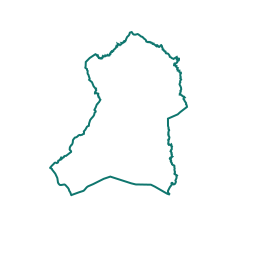 the district of Duc Co, Gia Lai, Vietnam, rotated 304°
{"feature_id": "81297802B6947069841891", "entity_name": "Duc Co", "entity_type": "district", "adm_level": 2, "iso_a3": "VNM", "parent_name": "Vietnam", "parent_adm1": "Gia Lai", "projection": "orthographic", "projection_center": [107.696, 13.77], "detail": "fine", "context": "isolated", "style": "outline", "palette": "teal", "viewbox_px": 256, "rotation_deg": 304, "n_neighbors": 0, "source": "geoboundaries", "source_scale": "gbopen_adm2", "svg_char_len": 5758}
<svg xmlns="http://www.w3.org/2000/svg" viewBox="0 0 256 256"><g transform="rotate(304 128 128)"><path d="M211.6,89.1L211.5,88.6L211.2,87.9L211.4,84.5L211.3,83.5L209.4,81.8L208.7,80.5L208.7,79.7L209.6,77.4L208.2,76.3L207.7,76.3L206.1,76.9L204.6,76.8L203.6,76.5L202.8,76.4L200.4,76.8L199.2,77.2L198.7,77.1L198.3,76.6L198.0,77.0L197.6,76.6L197.1,76.7L196.9,76.1L196.7,76.1L196.4,76.4L195.5,76.1L195.1,75.4L195.0,75.8L194.8,75.8L194.2,75.4L193.2,75.4L192.7,74.9L192.3,74.9L192.4,74.2L192.2,72.9L191.9,72.9L191.9,72.6L191.5,73.1L190.8,72.9L190.9,73.3L190.3,73.1L190.0,72.7L189.7,73.0L189.1,72.6L188.8,72.7L188.5,72.9L188.6,73.3L187.8,73.0L186.9,73.0L184.9,72.5L184.0,72.4L183.6,72.7L183.3,72.5L183.0,72.4L182.8,72.0L182.5,72.4L182.2,72.4L181.4,71.4L180.8,71.4L180.6,71.7L180.2,71.7L179.8,71.9L179.5,71.7L179.3,72.0L178.7,71.7L178.4,71.9L178.1,71.7L177.7,71.9L177.4,71.4L176.9,71.1L176.8,70.9L177.1,70.1L175.9,69.7L175.2,69.2L175.3,68.7L174.7,68.9L174.4,68.8L174.2,68.1L173.6,67.7L173.7,66.9L173.3,66.9L173.0,67.5L172.1,67.6L171.5,67.1L171.2,67.3L170.9,66.7L170.4,66.7L170.4,65.9L169.9,65.5L169.7,64.9L170.2,64.7L170.1,64.3L170.4,63.7L170.2,63.4L170.5,62.8L170.8,62.7L170.7,62.4L171.0,62.3L170.7,62.0L170.7,61.8L171.2,61.7L171.2,61.1L170.9,60.9L170.9,59.7L164.6,57.1L159.1,56.1L155.6,58.3L154.1,58.9L154.0,59.3L154.0,60.9L153.2,61.6L152.8,62.6L151.0,63.7L150.5,64.2L150.2,64.7L149.9,65.6L149.0,66.6L147.6,68.5L147.3,68.7L146.2,68.8L145.8,72.6L143.4,76.1L142.7,78.4L142.9,79.4L141.9,79.8L141.8,80.3L141.4,80.6L139.5,80.6L138.3,81.1L138.2,81.3L138.4,81.4L139.0,82.0L139.4,82.5L139.3,83.3L139.8,83.9L139.8,84.2L138.0,85.1L138.0,85.7L137.8,86.0L137.2,86.3L137.3,87.1L136.5,87.9L136.0,89.3L133.1,89.5L131.9,89.2L131.0,89.3L130.4,89.0L130.0,89.0L127.1,89.7L124.3,90.0L124.1,90.2L124.1,91.3L123.7,91.9L123.4,92.1L121.9,91.8L119.9,92.6L118.2,92.7L115.5,92.3L113.5,92.2L110.0,93.2L107.9,94.3L106.9,93.6L106.0,93.3L102.8,93.6L100.5,93.3L99.9,93.9L98.5,94.7L98.0,94.2L96.8,93.8L96.1,93.1L95.5,92.7L95.2,91.8L94.2,91.1L92.5,90.8L91.3,90.2L90.3,89.3L87.7,89.1L87.1,89.2L85.1,90.3L83.8,90.7L82.7,90.8L82.1,90.5L81.2,90.5L79.5,90.6L77.6,91.6L77.3,92.1L77.2,93.2L76.7,94.0L76.3,94.2L70.2,92.2L69.7,91.4L68.7,90.9L68.4,90.8L68.1,91.1L67.7,91.1L66.5,90.4L66.0,90.4L65.9,90.2L66.2,89.6L66.2,89.1L65.8,89.1L65.1,90.0L64.7,90.2L64.0,89.8L64.0,89.2L62.5,89.0L61.9,88.5L61.4,88.6L60.7,89.1L60.2,89.2L59.1,88.6L58.9,87.5L58.3,86.8L58.0,86.6L56.8,86.5L53.8,85.9L51.6,85.7L51.4,85.8L51.3,86.2L51.6,87.1L51.5,87.9L51.1,88.3L49.5,93.2L47.0,97.4L43.7,100.4L43.1,101.4L42.7,103.1L42.9,103.7L43.3,104.4L45.5,106.7L45.7,107.2L45.7,108.0L44.8,111.7L44.3,112.9L43.1,114.4L42.4,116.1L40.7,118.4L40.7,118.6L41.2,118.9L47.4,123.4L50.7,126.0L51.5,126.4L52.7,126.6L55.5,126.9L56.3,127.1L57.3,127.5L62.0,130.5L72.3,136.3L77.8,140.5L83.9,161.5L85.5,165.9L93.8,178.7L94.4,183.0L95.4,197.0L95.8,198.7L96.2,199.9L96.3,199.3L96.6,198.9L96.7,197.5L98.2,196.3L102.3,195.8L105.7,196.0L106.2,195.1L106.7,194.9L107.1,195.1L107.3,195.5L107.2,195.9L106.7,196.6L106.7,197.3L107.2,197.8L107.7,198.1L108.9,198.1L110.2,197.8L111.1,196.6L112.2,196.5L113.9,196.1L115.0,195.2L116.0,195.3L116.1,194.8L115.9,193.2L115.9,192.2L116.2,192.0L117.0,192.1L117.4,191.6L118.0,191.4L118.4,190.7L119.0,190.2L119.3,189.8L120.6,189.3L121.4,188.3L122.4,187.8L122.7,187.4L122.7,186.9L122.4,186.0L122.6,185.5L122.5,184.8L123.5,184.0L123.5,183.1L124.1,182.8L124.4,181.9L124.7,181.8L125.2,181.9L125.4,181.7L125.8,180.0L125.9,179.8L126.9,179.6L127.1,179.7L127.0,180.3L127.1,180.6L128.2,180.5L129.1,180.8L129.1,180.7L129.0,180.1L130.7,179.1L130.8,178.4L131.4,178.3L131.8,178.1L132.5,176.3L133.1,176.5L133.7,176.0L134.7,176.2L136.2,175.3L136.7,174.7L137.3,174.8L137.5,174.4L137.5,173.5L138.4,173.3L138.6,173.0L137.8,172.8L137.4,172.4L137.5,171.3L137.0,171.3L136.9,171.2L137.2,170.8L137.3,170.2L140.1,168.8L140.4,168.1L140.8,168.3L141.3,168.0L141.7,168.3L143.5,167.5L144.2,166.3L144.3,165.8L145.0,165.6L145.4,164.7L146.2,164.6L146.7,164.0L147.4,163.9L148.0,163.4L149.1,163.4L149.7,162.8L149.8,162.1L151.0,161.4L152.1,160.0L158.1,155.9L167.1,161.6L170.3,162.4L178.5,165.1L179.8,163.8L180.1,162.8L181.1,162.3L182.2,159.6L182.8,158.8L182.9,158.0L183.6,157.5L184.6,157.6L185.0,157.9L185.3,156.9L184.9,155.4L185.2,154.2L184.9,152.7L184.6,152.2L185.5,151.7L186.3,151.9L187.1,151.3L187.8,151.3L188.3,150.6L189.2,150.7L189.8,150.5L191.1,149.4L191.9,148.2L192.9,146.4L194.0,145.9L195.2,145.8L195.7,145.2L196.4,144.9L196.9,144.8L197.9,145.0L198.1,144.8L198.5,143.5L199.7,143.3L200.4,142.3L201.5,141.5L202.4,141.3L203.1,141.3L203.3,141.1L203.4,140.9L203.0,140.7L202.8,140.5L203.2,139.9L203.2,139.1L203.4,138.9L204.3,138.5L203.4,137.1L204.3,136.5L204.2,135.9L204.3,135.8L205.5,135.7L205.3,135.1L205.7,134.4L205.7,133.3L205.8,133.2L206.3,133.2L206.0,132.6L206.2,132.1L206.2,131.8L205.8,131.1L206.9,130.5L207.5,130.5L207.7,130.8L207.7,131.5L208.3,131.5L209.9,132.1L211.2,131.3L211.8,131.2L211.9,131.4L211.4,131.8L212.4,132.3L213.1,132.1L214.0,131.5L213.6,130.6L212.6,129.8L213.9,129.1L214.2,128.7L210.7,127.1L210.7,126.3L210.4,125.3L210.6,124.0L210.4,123.2L210.4,122.8L211.3,121.9L212.0,119.8L211.8,118.9L211.2,117.9L211.2,117.7L211.3,117.4L212.4,116.3L212.4,116.1L212.0,115.6L212.2,114.5L212.8,113.7L212.4,113.2L212.4,112.8L213.3,112.3L213.6,112.0L213.9,111.2L214.8,110.5L215.3,109.2L214.9,108.9L213.3,108.8L212.6,108.5L212.5,108.1L212.9,106.6L211.9,106.5L211.7,106.3L211.7,106.0L212.7,105.5L212.5,105.2L211.8,104.9L212.0,103.7L211.9,102.6L212.3,102.0L212.1,101.8L211.6,101.8L211.5,101.6L211.5,101.1L211.9,100.4L212.0,99.8L211.4,99.1L211.6,98.0L211.4,97.8L211.0,97.7L210.8,97.5L210.8,96.8L210.2,96.3L209.9,94.8L210.0,94.6L210.5,94.3L211.0,93.2L211.1,92.7L211.0,91.9L211.4,90.1L211.4,89.5L211.6,89.1Z" fill="none" stroke="#0f766e" stroke-width="2"/></g></svg>